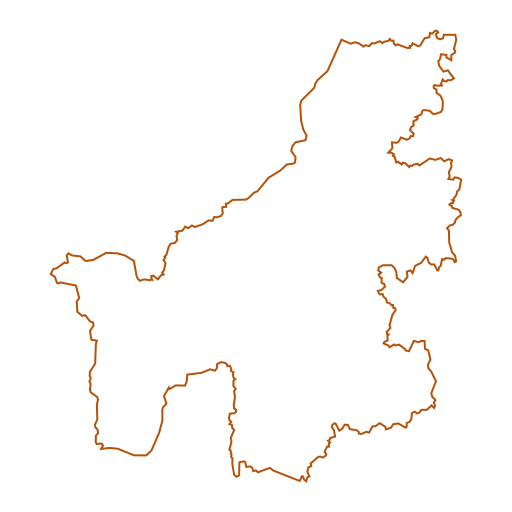 the district of Ambatondrazaka, Alaotra-Mangoro, Madagascar
{"feature_id": "10022922B15285270155057", "entity_name": "Ambatondrazaka", "entity_type": "district", "adm_level": 2, "iso_a3": "MDG", "parent_name": "Madagascar", "parent_adm1": "Alaotra-Mangoro", "projection": "orthographic", "projection_center": [48.499, -17.866], "detail": "fine", "context": "isolated", "style": "outline", "palette": "amber", "viewbox_px": 512, "rotation_deg": 0, "n_neighbors": 0, "source": "geoboundaries", "source_scale": "gbopen_adm2", "svg_char_len": 6005}
<svg xmlns="http://www.w3.org/2000/svg" viewBox="0 0 512 512"><path d="M101.1,449.0L109.3,447.9L117.6,448.7L134.0,455.3L146.2,455.4L151.5,450.4L159.2,432.6L162.4,420.6L162.3,409.9L163.0,407.3L166.4,403.8L164.0,396.0L168.7,387.8L168.9,389.1L169.7,388.9L175.8,385.4L185.1,385.6L186.7,381.3L187.3,374.6L201.7,372.8L210.1,369.3L214.9,370.7L216.7,368.6L217.2,364.0L221.2,362.1L225.4,363.0L227.5,365.2L227.1,366.8L228.0,365.7L230.0,365.9L231.3,369.2L230.9,370.9L233.6,372.4L232.9,374.0L233.5,377.8L235.3,379.1L233.5,380.7L233.4,386.2L235.6,388.7L234.1,391.4L235.0,397.2L233.8,404.1L234.0,408.4L236.0,409.7L236.1,411.8L234.4,413.2L229.9,413.7L229.0,417.9L229.3,420.1L231.3,421.8L229.5,424.1L232.1,425.2L232.2,428.0L234.2,429.8L230.7,438.0L231.5,441.7L229.4,449.6L230.9,451.2L230.8,453.4L231.6,454.1L231.0,456.6L232.5,458.5L232.3,463.9L234.1,474.6L236.3,476.8L239.1,475.3L239.4,462.4L243.8,461.3L245.3,462.1L246.3,466.9L250.5,466.4L252.2,467.7L253.3,471.1L256.0,470.4L257.8,472.3L269.9,467.9L273.6,470.7L298.9,480.6L299.9,480.8L301.7,476.5L302.7,476.3L304.3,479.9L306.2,481.3L307.4,477.3L309.3,476.5L307.3,471.5L308.3,467.4L311.3,466.1L310.6,463.5L317.8,457.2L320.2,456.5L322.9,457.6L325.9,455.5L326.3,454.3L324.6,451.8L327.1,446.6L329.0,446.6L328.8,443.6L330.1,442.4L328.0,440.7L329.7,439.7L330.2,438.0L335.1,436.5L334.0,430.3L331.7,426.9L332.4,424.9L334.5,423.3L335.7,423.7L339.3,430.6L342.1,428.9L344.7,424.7L347.9,424.9L349.9,429.1L356.9,430.3L358.7,431.9L358.9,433.6L361.2,434.0L366.4,431.8L369.1,432.6L372.4,426.5L375.6,426.1L379.6,423.2L385.3,426.7L385.9,429.4L390.9,427.7L393.3,424.2L398.3,423.5L405.7,427.7L406.6,427.0L406.8,423.0L409.4,422.0L411.3,419.3L412.0,412.9L414.8,411.7L417.0,413.5L419.6,412.5L421.3,409.9L427.0,409.8L431.5,405.4L434.0,407.9L435.1,405.7L433.8,402.8L435.4,400.1L432.1,396.5L431.3,393.2L436.0,381.2L431.1,371.3L428.4,368.4L427.9,364.6L430.4,359.6L428.3,350.5L425.0,348.7L424.5,340.9L420.7,341.1L418.8,342.3L413.8,340.9L409.0,351.2L405.6,350.5L405.1,349.1L399.1,344.6L395.6,345.5L394.0,344.5L389.6,347.3L388.4,345.5L383.6,343.4L384.4,341.8L387.6,340.5L387.4,336.1L388.6,334.5L387.1,334.2L386.6,332.1L390.4,328.0L389.5,325.3L392.4,314.9L395.7,309.9L394.9,307.9L393.3,307.8L393.0,305.0L391.7,305.3L389.6,303.2L386.9,302.4L386.1,298.9L383.6,296.8L382.6,294.1L380.2,294.5L378.8,293.3L378.0,290.9L381.3,290.1L385.0,286.5L384.1,283.9L381.5,282.7L381.8,278.2L380.4,277.8L378.6,274.5L381.2,272.7L378.2,270.4L378.8,267.5L382.8,265.3L391.5,265.2L394.2,267.6L396.3,271.7L396.8,277.9L403.1,282.3L407.5,276.9L406.9,271.6L410.5,270.4L412.6,273.1L415.1,265.9L421.3,262.7L425.8,256.6L427.3,257.7L428.8,262.6L431.0,264.4L434.2,264.4L437.4,270.5L438.4,270.3L439.1,267.1L440.7,265.7L442.1,259.0L443.9,259.8L445.7,258.1L451.3,258.6L453.2,259.4L454.7,262.2L456.1,261.4L455.1,255.7L452.2,252.6L449.2,242.3L448.9,230.5L447.0,228.2L450.1,225.3L452.4,225.0L454.9,222.7L455.5,220.0L457.6,217.5L460.9,215.2L460.5,212.3L458.7,209.8L452.4,207.9L451.9,206.2L449.4,204.6L451.1,203.1L452.8,203.1L453.5,201.5L452.3,200.2L453.8,200.1L453.4,199.1L456.4,194.9L457.2,191.2L459.2,189.7L461.2,179.7L457.8,177.8L454.6,177.4L453.1,179.7L448.4,178.9L449.7,176.5L448.8,172.3L451.6,166.6L451.0,163.3L452.1,160.4L448.6,159.2L444.1,161.3L440.8,158.0L435.4,159.9L429.8,158.5L419.3,165.5L417.8,163.8L413.3,164.7L411.9,166.0L410.4,165.6L409.3,167.1L405.4,163.3L402.6,162.7L401.7,164.5L397.8,161.7L396.3,162.5L394.5,156.7L392.9,155.8L393.9,154.3L391.5,152.7L388.4,152.6L392.4,148.2L392.0,142.3L396.5,142.8L398.7,141.6L400.9,137.5L406.9,139.7L409.6,138.4L410.7,136.1L412.8,136.4L413.7,133.6L410.0,130.3L411.1,127.2L413.7,125.3L413.3,121.4L417.4,119.3L417.7,117.9L415.6,117.0L421.3,114.5L422.4,110.8L423.9,110.0L429.8,110.8L432.9,113.8L435.3,114.0L441.1,111.8L442.4,109.7L442.9,102.1L441.7,98.2L440.2,95.4L436.7,93.0L436.4,89.5L433.9,88.3L433.6,86.4L434.6,84.9L436.2,85.7L441.9,85.5L440.9,84.2L442.7,79.5L444.2,81.1L446.6,81.4L447.4,80.2L451.0,80.1L453.9,78.4L447.8,70.3L443.5,71.6L439.4,66.1L438.2,61.5L440.1,58.8L441.0,54.3L446.4,54.9L446.4,57.4L451.3,60.2L451.3,55.1L454.8,52.8L455.3,51.2L453.9,49.2L456.2,40.0L455.3,34.8L443.9,34.8L443.0,38.3L440.0,39.3L436.9,37.8L435.9,34.1L438.2,32.3L437.1,30.9L435.3,30.7L432.1,33.6L429.9,32.9L429.4,37.2L424.6,38.2L420.2,45.5L418.2,46.2L412.7,43.3L411.6,45.8L409.7,45.9L410.1,47.9L407.4,48.0L397.2,44.3L395.6,45.3L393.8,43.5L393.4,40.6L390.9,40.6L389.9,38.9L388.3,40.9L383.7,41.9L382.4,43.2L379.8,41.2L374.3,43.5L371.9,43.2L369.3,46.1L365.4,45.2L363.5,46.6L358.6,43.2L355.0,42.3L350.6,43.7L341.5,39.7L327.4,71.2L317.6,80.0L315.4,83.4L314.3,87.7L301.2,100.8L300.2,105.2L301.2,121.3L303.3,129.5L306.6,135.6L305.5,140.2L295.5,142.3L292.4,146.1L291.2,150.8L295.5,157.0L295.1,162.4L293.4,163.6L286.8,164.5L280.5,170.4L268.5,177.8L257.6,191.2L254.0,192.7L248.1,198.4L245.9,199.6L232.5,199.9L227.7,203.6L226.0,203.6L226.2,206.8L222.8,207.0L222.2,207.9L222.8,213.3L221.0,216.0L216.8,217.3L214.1,217.0L212.7,220.8L208.6,220.4L202.8,224.2L194.9,227.0L191.9,225.5L188.1,228.2L185.3,226.6L182.3,230.7L176.2,231.8L177.8,233.2L176.5,235.6L177.2,240.0L174.9,242.9L170.5,243.8L168.5,247.3L166.5,254.6L164.5,256.5L165.4,257.4L163.6,259.7L165.5,263.4L163.9,270.3L162.1,272.6L163.6,274.5L161.0,275.3L157.9,279.3L153.3,275.6L151.2,276.1L152.0,279.6L151.2,279.1L150.4,280.2L143.8,279.4L140.0,280.8L137.7,278.7L136.4,275.2L133.9,260.9L125.0,255.5L117.2,253.3L106.1,252.9L93.5,259.8L86.7,260.9L85.4,260.9L80.5,256.4L72.3,255.5L68.3,253.4L66.7,255.4L68.0,262.5L65.6,263.2L64.7,262.4L56.6,268.2L53.1,269.2L50.8,274.1L54.9,276.9L57.0,282.9L58.6,283.5L60.2,282.4L75.9,285.5L79.2,298.0L76.7,301.6L77.4,311.9L82.2,315.9L85.3,315.2L89.9,321.3L93.0,322.5L93.6,325.5L90.0,330.8L91.4,339.7L96.8,340.7L95.8,344.4L95.2,363.5L89.9,371.9L89.7,376.0L90.8,378.2L89.4,381.4L90.6,383.8L89.9,390.0L90.9,392.5L97.2,397.0L98.0,399.8L96.9,404.5L97.3,419.6L94.8,425.0L95.4,427.3L97.6,429.7L98.1,433.0L95.9,435.6L95.7,442.1L96.8,444.1L100.7,443.5L102.4,444.2L102.9,445.8L101.1,449.0Z" fill="none" stroke="#b45309" stroke-width="2"/></svg>